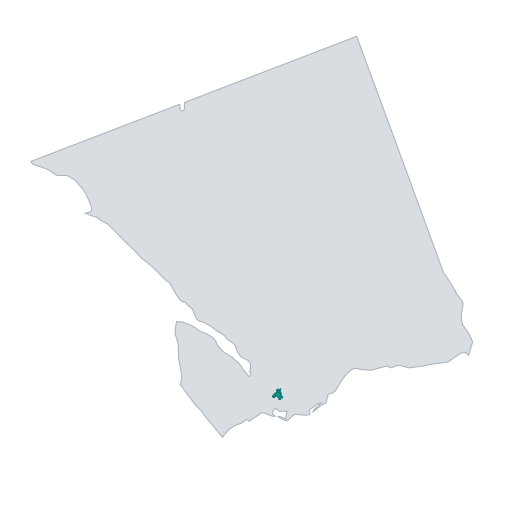 location of Faqus, Ash Sharqiyah, Egypt, rotated 159°
{"feature_id": "37247803B31970739059734", "entity_name": "Faqus", "entity_type": "district", "adm_level": 2, "iso_a3": "EGY", "parent_name": "Egypt", "parent_adm1": "Ash Sharqiyah", "projection": "natural_earth1", "projection_center": [31.817, 30.749], "detail": "fine", "context": "in_parent", "style": "filled", "palette": "teal", "viewbox_px": 512, "rotation_deg": 159, "n_neighbors": 0, "source": "geoboundaries", "source_scale": "gbopen_adm2", "svg_char_len": 5595}
<svg xmlns="http://www.w3.org/2000/svg" viewBox="0 0 512 512"><g transform="rotate(159 256 256)"><path d="M432.4,425.0L422.8,425.0L413.2,425.0L403.5,425.0L393.9,425.0L384.3,425.0L374.6,425.0L365.0,425.0L355.4,425.0L345.7,425.0L336.1,425.0L326.5,425.0L316.8,425.0L307.2,425.0L297.6,425.0L287.9,425.0L278.3,425.0L272.8,425.0L273.7,421.9L274.3,419.7L273.7,418.1L271.8,417.8L270.6,418.2L267.7,424.8L266.2,425.0L262.8,425.0L251.5,425.0L240.3,425.0L229.1,425.0L217.9,425.0L206.7,425.0L195.5,425.0L184.2,425.0L173.0,425.0L161.8,425.0L150.6,425.0L139.4,425.0L128.2,425.0L116.9,425.0L105.7,425.0L94.5,425.0L83.3,425.0L83.4,417.1L83.5,409.3L83.6,401.4L83.7,393.6L83.8,385.7L83.9,377.9L84.0,370.0L84.1,362.2L84.2,354.3L84.3,346.5L84.4,338.6L84.5,330.7L84.6,322.9L84.7,315.0L84.9,307.2L85.0,299.3L85.1,291.5L85.2,283.6L85.3,275.7L85.4,267.9L85.6,260.0L85.7,252.2L85.8,244.3L85.9,236.4L86.0,228.6L86.2,220.7L86.3,212.9L86.4,205.0L86.5,197.1L86.7,189.3L86.8,181.4L86.9,173.6L86.7,172.1L85.2,166.7L83.9,160.0L82.4,151.6L82.3,148.9L79.8,140.3L79.6,137.9L80.3,136.1L84.7,128.9L86.1,125.4L87.3,121.2L87.7,117.7L86.5,112.5L85.1,107.8L84.7,102.9L84.6,98.2L86.9,94.9L89.6,91.9L90.6,90.1L92.2,88.0L93.3,87.0L95.4,91.2L99.9,92.0L114.5,88.2L130.6,92.0L139.5,93.4L153.2,96.7L161.5,102.5L163.8,103.2L169.8,103.1L173.7,106.5L189.4,108.1L197.7,111.9L202.4,114.9L205.3,115.8L207.8,115.7L211.2,114.6L215.5,112.4L220.2,109.5L230.0,101.9L233.4,100.6L235.6,101.0L238.4,100.9L239.5,98.8L240.9,97.4L241.8,95.8L243.3,93.9L248.4,93.4L258.5,90.1L257.3,91.6L248.1,95.3L252.1,95.8L256.1,94.5L260.7,93.7L261.5,92.1L262.1,89.2L263.0,88.8L266.2,89.3L275.7,93.9L278.0,94.0L284.7,91.5L286.1,91.0L288.2,92.3L293.2,98.0L291.4,97.8L286.2,93.0L285.7,95.4L282.7,99.7L286.5,101.5L289.5,102.2L291.2,104.6L292.2,106.7L295.2,105.7L297.3,102.9L296.2,101.3L295.5,99.6L296.4,99.6L298.5,100.9L304.5,106.4L306.6,107.5L308.9,107.3L313.8,105.8L315.1,106.0L321.6,104.0L322.4,105.5L323.5,106.9L328.8,105.3L337.0,105.3L343.8,103.6L351.6,99.3L352.2,98.6L352.6,99.7L353.6,102.6L356.0,110.1L358.1,115.9L360.8,124.0L361.6,127.2L361.9,129.3L365.7,138.2L367.9,145.5L369.6,151.5L371.9,160.2L373.0,163.2L371.4,164.8L368.2,170.4L364.9,188.4L360.0,202.4L359.5,211.2L358.7,214.4L356.4,218.8L353.6,223.2L348.5,220.9L340.2,213.3L335.4,206.0L330.2,201.3L325.3,195.1L324.0,190.6L324.1,187.7L321.9,180.7L320.3,177.4L314.4,169.9L312.7,165.9L311.4,164.2L310.1,161.7L307.9,152.0L305.6,145.8L302.9,147.5L303.4,150.1L301.1,153.7L299.7,157.8L300.7,161.2L305.6,166.4L306.6,168.6L307.7,173.5L307.5,180.2L308.3,182.4L312.0,187.4L313.3,190.3L314.0,192.9L315.3,195.1L318.9,199.4L324.1,207.6L329.0,213.2L332.6,215.8L334.1,218.5L334.5,225.4L334.2,228.7L337.4,234.9L338.5,238.0L341.6,240.5L343.0,243.5L344.2,248.2L346.2,262.2L348.9,265.7L357.1,284.1L364.0,295.7L367.4,304.4L372.5,315.0L382.6,338.3L388.6,345.5L391.0,349.5L395.3,352.6L400.0,357.1L395.5,356.6L394.4,356.9L392.9,357.7L392.2,360.4L391.9,362.6L392.5,374.4L393.7,380.4L397.7,391.8L400.7,395.2L402.1,397.4L404.1,399.0L413.4,402.9L418.9,411.1L431.2,421.4L432.4,424.3L432.4,425.0Z" fill="#d9dde1" stroke="#a8b0b8" stroke-width="1"/><path d="M281.3,122.8L281.4,122.7L281.5,122.6L281.8,122.6L281.8,122.8L281.8,122.7L282.0,122.6L282.3,122.6L282.6,122.7L282.7,122.8L282.8,122.8L282.9,123.1L282.9,123.3L283.0,123.4L283.1,123.6L283.6,123.5L283.9,123.4L284.1,123.3L284.2,123.2L284.4,123.0L284.5,123.1L284.6,123.3L284.8,123.1L284.8,122.9L284.5,122.5L284.3,122.2L284.7,122.0L284.7,121.9L284.9,121.8L285.1,121.7L284.9,121.4L285.7,120.9L285.9,120.7L286.1,120.6L286.3,120.4L286.5,120.5L286.9,120.7L286.9,120.8L287.1,121.0L287.4,121.0L287.6,120.9L287.8,120.7L288.1,120.6L288.3,120.5L288.6,120.3L289.0,120.0L289.2,119.8L289.4,119.8L289.5,119.7L290.2,119.4L290.5,119.3L290.7,119.2L290.7,118.8L290.7,118.5L290.6,118.3L290.5,118.1L290.4,118.0L290.2,118.1L290.0,117.9L290.0,117.7L289.9,117.7L289.5,117.7L289.4,117.7L289.2,117.6L288.9,117.8L288.7,117.9L288.5,118.0L288.3,118.0L288.2,118.0L287.9,118.0L287.7,118.2L287.6,118.3L287.4,118.5L287.1,118.5L287.1,118.3L287.0,118.2L286.9,118.2L286.8,117.9L286.7,117.9L286.3,117.9L286.2,117.8L286.1,117.7L285.9,117.4L286.0,117.2L286.1,116.9L285.9,116.9L285.7,116.8L285.6,116.7L285.4,116.8L285.4,116.7L285.4,116.8L285.2,116.8L285.2,116.7L285.1,116.3L285.3,116.2L285.2,115.8L285.2,115.6L285.2,115.4L285.4,115.3L285.4,115.2L285.5,115.0L285.5,114.8L285.5,114.7L285.7,114.3L285.7,114.1L285.8,113.9L285.5,113.8L285.4,114.1L285.2,114.4L285.1,114.6L285.0,114.8L285.0,114.7L284.9,114.5L284.9,114.4L284.6,114.3L284.7,114.2L284.8,113.9L284.7,113.9L284.5,113.7L284.4,113.8L284.3,114.0L284.1,114.2L284.0,114.3L283.9,114.4L283.6,114.5L283.4,114.6L283.2,114.6L282.9,114.5L282.9,114.4L282.7,114.3L282.6,114.5L282.3,114.7L282.2,114.7L282.1,114.8L282.2,115.0L281.9,115.0L281.9,115.4L282.0,115.4L282.2,115.5L282.3,115.8L282.4,116.0L282.6,115.9L282.7,116.0L282.8,116.5L282.8,116.8L282.8,117.0L283.0,117.3L283.2,117.5L283.1,117.8L283.0,118.0L282.9,118.1L282.7,118.1L282.3,118.1L282.2,118.1L281.9,118.3L281.9,118.6L281.9,118.8L282.1,119.0L282.3,119.2L282.3,119.4L282.3,119.5L282.2,119.6L282.0,119.8L282.0,120.0L282.1,120.3L282.3,120.3L282.2,120.5L282.2,120.8L282.2,121.0L282.1,120.9L282.0,121.0L281.9,121.2L282.1,121.5L282.3,121.5L282.2,121.7L282.1,121.8L281.9,121.9L281.8,122.0L281.7,122.0L281.4,122.3L281.2,122.4L281.2,122.5L281.0,122.8L281.3,122.8L281.3,122.8ZM283.4,119.1L283.5,119.1L283.7,119.3L283.8,119.5L284.0,119.7L284.1,119.9L284.1,120.0L283.9,120.2L283.7,120.1L283.5,119.9L283.5,119.7L283.3,119.7L283.2,119.6L283.2,119.4L283.2,119.2L283.3,119.1L283.4,119.1Z" fill="#14b8a6" stroke="#0f766e" stroke-width="1.5"/></g></svg>